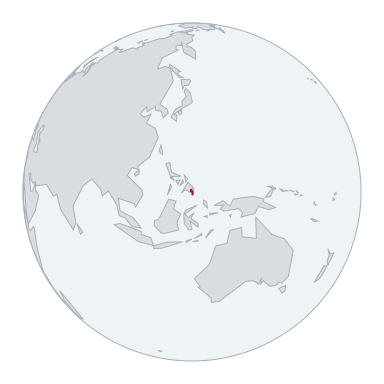 the Earth from above Davao del Sur, rotated 337°
{"feature_id": "PHL-2596", "entity_name": "Davao del Sur", "entity_type": "Province", "adm_level": 1, "iso_a3": "PHL", "parent_name": "Philippines", "parent_adm1": "", "projection": "orthographic", "projection_center": [125.415, 6.192], "detail": "medium", "context": "on_globe", "style": "filled", "palette": "rose", "viewbox_px": 384, "rotation_deg": 337, "n_neighbors": 0, "source": "natural_earth", "source_scale": "10m", "svg_char_len": 8225}
<svg xmlns="http://www.w3.org/2000/svg" viewBox="0 0 384 384"><g transform="rotate(337 192 192)"><circle cx="192" cy="192" r="169" fill="#eef3f6" stroke="#a8b0b8"/><path d="M324.3,248.6L324.2,249.8L324.0,250.0L324.3,248.6ZM279.6,47.5L274.1,45.6L278.0,48.9L272.7,45.6L283.7,55.2L284.3,59.1L280.2,52.4L277.2,50.2L275.8,51.3L272.4,49.4L269.8,49.0L265.8,46.7L263.7,43.6L261.1,42.2L260.3,43.2L255.8,41.9L257.4,40.6L249.7,38.4L244.8,34.0L252.2,34.4L246.1,32.0L246.1,31.9L257.6,36.3L268.8,41.5L279.6,47.5ZM348.8,140.9L347.4,137.2L348.7,139.0L348.8,140.9ZM346.3,135.3L346.8,136.5L346.3,135.6L346.3,135.3ZM345.7,134.9L346.1,135.2L345.8,135.3L345.7,134.9ZM345.0,134.9L345.3,134.8L345.0,134.9ZM343.5,133.7L343.1,133.3L343.2,132.8L343.5,133.7ZM281.5,52.1L281.8,51.5L282.7,52.8L281.5,52.1ZM270.1,49.4L271.1,50.3L269.3,49.7L270.1,49.4ZM261.6,45.9L258.4,45.0L261.3,45.3L261.6,45.9ZM256.3,44.1L248.7,42.6L250.2,44.3L241.4,39.0L250.9,41.8L254.2,41.7L254.0,42.8L256.3,44.1ZM237.8,36.6L235.6,36.0L237.5,36.1L237.8,36.6ZM242.1,30.6L241.8,30.6L236.4,29.0L235.1,28.6L234.8,28.5L242.1,30.6ZM223.8,26.1L229.9,27.3L229.7,27.3L223.8,26.1ZM47.4,104.6L47.2,105.1L56.5,91.9L57.0,90.4L64.8,80.8L66.5,79.1L66.3,82.1L68.4,79.6L73.1,73.0L77.6,69.4L75.2,70.5L72.8,73.2L71.2,74.2L73.4,71.9L74.9,70.5L76.3,69.0L72.6,72.4L83.5,62.5L95.1,53.6L107.5,45.7L108.1,45.5L110.4,44.1L119.2,39.5L122.0,38.3L124.7,37.1L122.7,37.9L135.5,32.8L136.0,32.6L137.9,32.3L127.5,37.5L123.4,38.9L125.0,37.5L117.6,41.4L121.0,39.8L119.5,40.9L125.0,38.8L124.2,39.6L130.9,36.6L130.5,37.3L126.3,39.1L134.1,37.4L135.1,38.8L137.3,38.1L139.3,37.0L139.2,39.9L140.8,39.3L141.4,38.1L145.1,36.2L151.4,34.3L151.0,35.4L148.7,36.2L143.2,40.0L137.0,42.5L137.5,42.8L142.8,40.9L149.5,36.3L153.4,34.9L150.8,36.9L152.0,36.0L153.9,35.7L155.3,36.6L158.4,34.5L179.1,31.5L183.9,33.5L179.3,35.2L193.3,36.0L197.7,39.3L198.3,38.0L205.4,38.3L204.1,37.2L204.9,36.7L222.6,38.3L226.5,39.9L234.8,40.3L235.1,39.8L232.7,38.4L241.4,39.0L250.2,44.3L249.1,45.1L255.4,48.3L251.9,49.9L251.9,53.2L244.4,53.9L245.0,56.9L247.4,57.9L250.1,63.1L247.3,71.2L239.0,60.1L241.1,49.5L239.3,53.1L236.6,51.2L234.0,51.9L233.0,54.9L234.8,55.9L217.1,56.9L208.5,65.2L216.7,66.1L220.5,69.9L217.9,82.8L196.8,98.6L201.5,106.0L200.9,110.3L194.6,112.2L195.4,105.7L190.4,102.7L191.8,99.1L182.0,100.7L183.6,95.7L175.2,99.8L176.8,104.2L184.8,104.3L176.9,110.7L183.2,119.2L182.3,128.6L166.2,143.5L152.3,147.1L151.1,150.1L146.4,146.1L138.8,151.4L146.5,170.0L145.8,175.2L134.2,183.8L134.2,179.9L121.7,169.1L118.4,181.2L127.8,192.6L131.0,205.2L123.3,200.5L120.2,189.5L115.8,185.3L117.7,174.6L115.5,158.4L107.8,160.6L109.1,154.3L104.9,140.9L94.3,143.7L76.9,158.4L73.3,174.4L67.9,180.8L64.2,156.5L66.7,141.1L62.8,141.9L61.1,128.4L50.9,125.2L51.7,121.2L49.3,122.5L48.5,118.0L50.7,111.6L49.1,111.5L43.9,128.3L45.8,128.7L50.7,123.2L48.6,129.1L49.6,135.2L40.2,148.2L28.8,157.7L31.5,145.7L42.9,112.8L44.7,109.5L45.0,109.1L45.3,108.5L42.4,113.6L45.7,107.6L35.4,129.5L32.0,139.0L28.5,158.4L27.9,160.1L28.0,164.4L32.9,161.8L32.1,165.8L27.4,183.5L24.0,206.9L26.7,225.0L30.2,240.0L31.4,244.5L28.1,232.8L25.5,221.0L23.9,209.0L23.1,196.9L23.2,184.8L24.1,172.8L25.9,160.8L28.6,149.0L32.1,137.4L36.4,126.1L41.5,115.2L47.4,104.6ZM62.0,93.0L64.4,95.1L70.2,86.2L71.6,86.5L73.0,83.6L70.6,85.6L75.1,78.1L78.7,76.6L81.9,73.2L81.2,72.4L74.0,76.6L67.4,87.0L64.0,90.0L62.0,93.0ZM186.3,23.1L185.8,23.2L180.1,23.5L180.5,23.4L186.3,23.1ZM155.4,27.2L157.7,26.6L158.4,26.5L164.5,25.4L164.3,25.6L160.6,26.3L155.4,27.2ZM54.8,93.8L53.0,96.0L54.0,94.6L54.4,94.1L54.8,93.8ZM156.2,27.2L158.7,26.6L157.1,27.1L156.2,27.2ZM164.5,25.7L163.1,26.1L165.0,25.5L164.5,25.7ZM98.9,324.7L102.4,326.9L100.8,326.7L98.9,324.7ZM34.6,240.7L42.0,266.2L40.6,265.4L36.9,257.4L31.8,241.7L32.2,238.1L31.5,231.3L34.6,240.7ZM173.3,237.7L178.5,239.0L178.4,239.7L173.3,237.7ZM167.8,234.5L173.7,235.3L166.8,236.2L167.8,234.5ZM176.0,235.7L182.1,234.7L184.7,233.7L184.3,235.3L176.0,235.7ZM163.8,234.2L142.7,232.0L134.5,229.0L136.3,226.4L149.5,228.4L163.8,234.2ZM135.6,226.2L123.3,216.8L107.6,191.7L113.2,192.7L129.9,208.6L128.8,211.0L136.2,218.1L135.6,226.2ZM166.0,214.4L164.9,221.7L153.1,219.9L147.8,218.2L144.1,208.3L146.2,203.6L150.4,204.2L167.8,189.6L173.7,194.2L168.2,200.5L173.1,207.5L166.0,214.4ZM73.7,176.0L75.9,186.1L73.0,187.3L73.7,176.0ZM175.4,179.1L168.0,185.4L175.0,176.7L175.4,179.1ZM179.9,170.7L180.0,174.3L177.4,170.5L179.9,170.7ZM150.4,154.9L145.8,155.2L146.0,152.8L151.9,150.9L150.4,154.9ZM181.6,136.7L180.5,143.7L179.2,146.0L177.7,141.5L181.6,136.7ZM158.2,31.2L150.0,32.2L143.9,33.8L140.3,35.7L141.9,33.8L151.2,31.3L158.2,31.2ZM176.5,31.2L179.6,30.0L180.7,30.6L180.1,31.0L176.5,31.2ZM176.7,30.4L176.1,28.9L179.4,28.4L179.2,29.6L176.7,30.4ZM165.8,27.1L163.3,27.2L164.7,26.8L165.8,27.1ZM284.8,311.5L286.9,312.8L282.1,317.2L275.4,321.6L269.1,322.8L284.8,311.5ZM235.2,320.1L234.4,314.6L241.7,314.6L239.1,319.3L235.2,320.1ZM289.5,308.2L293.8,303.4L294.9,297.2L295.0,302.9L298.9,303.4L288.4,312.5L289.5,308.2ZM206.8,295.2L174.2,303.3L166.8,301.2L168.1,296.7L160.3,281.9L162.6,282.4L160.4,272.7L179.4,265.7L192.8,251.0L204.0,252.9L212.0,242.2L223.8,244.0L220.6,252.8L233.1,259.9L240.8,240.2L249.2,262.7L258.8,271.2L262.3,285.3L247.8,307.2L238.8,311.0L236.8,308.7L233.1,310.8L227.0,309.3L222.9,301.5L219.3,303.6L222.5,298.2L217.4,302.8L213.9,297.7L206.8,295.2ZM291.0,263.1L292.9,263.9L296.1,268.0L293.0,267.0L291.0,263.1ZM319.5,252.8L320.5,254.7L318.4,255.0L319.5,252.8ZM324.0,250.0L321.6,250.6L324.3,248.6L324.0,250.0ZM300.3,251.1L301.3,252.5L300.6,252.9L300.3,251.1ZM299.5,250.5L300.6,248.4L300.5,250.6L299.5,250.5ZM290.2,238.0L291.3,236.9L291.8,237.9L290.2,238.0ZM186.3,239.8L193.6,234.7L197.6,234.5L186.3,239.8ZM288.5,235.4L285.7,235.0L285.9,233.8L288.5,235.4ZM288.6,232.7L288.3,231.0L290.1,235.1L288.6,232.7ZM283.1,228.6L286.6,231.8L282.8,228.9L283.1,228.6ZM281.1,228.8L278.6,227.3L278.8,226.8L281.1,228.8ZM253.7,228.5L262.9,239.0L255.6,238.1L247.4,231.3L241.3,236.4L227.3,234.2L230.4,231.0L228.4,225.5L214.2,222.1L211.3,218.3L216.3,216.5L207.0,212.9L217.2,212.3L221.4,219.8L227.2,214.8L237.3,217.2L247.4,220.5L255.6,226.6L253.7,228.5ZM217.4,227.9L219.2,228.1L217.6,230.0L217.4,227.9ZM273.8,222.9L277.5,226.7L277.1,227.5L275.3,226.8L273.8,222.9ZM257.4,225.5L266.2,220.5L268.3,220.8L262.5,226.9L257.4,225.5ZM264.0,216.5L268.1,217.7L270.4,221.3L269.5,222.1L264.0,216.5ZM196.7,219.4L196.3,221.3L193.7,219.5L196.7,219.4ZM200.0,218.5L207.9,221.4L199.3,220.1L200.0,218.5ZM176.6,209.5L178.8,214.3L185.9,212.0L180.5,215.8L185.4,223.9L183.8,226.6L178.9,217.9L177.4,226.3L174.3,225.8L172.5,218.3L175.5,209.7L178.7,206.3L191.5,206.1L176.6,209.5ZM199.9,212.8L197.9,207.2L199.4,203.8L201.6,206.9L199.9,212.8ZM191.9,193.8L186.7,187.2L181.8,189.0L192.0,181.5L195.3,189.1L191.9,193.8ZM187.8,180.0L183.2,181.6L188.1,177.2L187.8,180.0ZM182.1,179.5L181.8,175.2L185.4,176.1L182.1,179.5ZM190.2,180.4L191.5,173.3L193.1,177.7L190.2,180.4ZM180.9,165.7L188.2,173.3L178.3,169.4L178.9,155.9L183.1,156.0L180.9,165.7ZM210.8,116.4L210.3,112.9L214.4,112.6L213.6,115.1L210.8,116.4ZM227.4,109.7L215.3,111.4L205.6,113.4L208.2,115.3L205.3,121.0L201.8,115.0L209.3,109.3L216.5,109.0L218.4,104.4L224.1,102.0L224.1,96.2L226.8,94.1L229.1,99.4L227.4,109.7ZM223.7,93.7L225.7,84.3L233.1,86.8L234.3,89.3L230.3,92.5L226.6,91.0L223.7,93.7ZM228.4,82.9L224.8,81.5L220.3,67.8L221.2,65.6L228.5,76.6L225.6,76.0L225.4,79.1L228.4,82.9ZM235.9,36.6L235.7,36.0L237.2,36.8L235.9,36.6ZM204.1,36.1L205.5,35.5L207.2,36.2L204.1,36.1ZM210.3,34.4L207.3,34.0L210.6,33.9L210.3,34.4ZM200.6,33.4L206.2,33.6L200.6,34.1L200.6,33.4Z" fill="#d9dde1" stroke="#a8b0b8" stroke-width="1"/><path d="M192.3,189.6L192.2,189.7L192.2,189.8L192.0,190.1L191.9,190.3L191.9,190.6L191.9,190.8L192.0,190.8L192.3,191.0L192.5,191.0L192.5,191.3L192.6,191.5L192.9,192.1L192.9,192.3L192.8,192.5L192.7,192.7L192.5,193.0L192.2,193.4L192.1,193.7L192.0,193.8L191.9,193.8L191.7,193.8L191.8,193.7L192.1,193.1L192.2,192.8L192.3,192.5L192.3,192.4L192.3,192.2L192.3,191.9L192.2,191.8L192.1,191.7L191.9,191.7L191.7,191.6L191.4,191.5L191.3,191.4L191.2,191.3L191.2,191.2L191.3,191.1L191.3,190.9L191.4,190.6L191.3,190.4L191.2,190.4L191.3,190.1L191.6,189.8L191.6,189.6L192.3,189.6ZM192.0,194.3L191.9,194.4L191.9,194.2L192.0,194.2L192.0,194.3Z" fill="#f43f5e" stroke="#9f1239" stroke-width="1.5"/></g></svg>